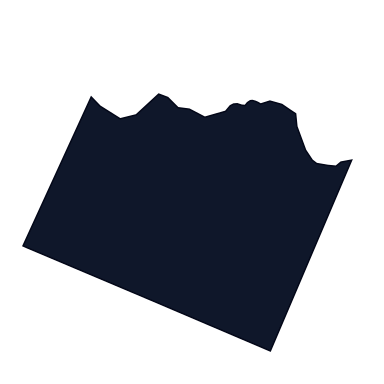 Sullivan, Indiana, United States of America (Equal Earth projection), rotated 113°
{"feature_id": "52423323B15974038514354", "entity_name": "Sullivan", "entity_type": "district", "adm_level": 2, "iso_a3": "USA", "parent_name": "United States of America", "parent_adm1": "Indiana", "projection": "equal_earth", "projection_center": [-87.538, 39.081], "detail": "fine", "context": "isolated", "style": "filled", "palette": "ink", "viewbox_px": 384, "rotation_deg": 113, "n_neighbors": 0, "source": "geoboundaries", "source_scale": "gbopen_adm2", "svg_char_len": 627}
<svg xmlns="http://www.w3.org/2000/svg" viewBox="0 0 384 384"><g transform="rotate(113 192 192)"><path d="M307.6,123.4L307.7,57.8L244.4,57.7L100.3,57.5L106.3,66.6L112.0,69.5L114.5,77.4L117.1,88.4L115.7,93.8L109.1,103.8L90.7,121.1L79.5,127.2L78.2,134.1L76.3,143.5L77.9,155.8L84.2,163.2L83.8,166.5L83.8,169.3L84.2,172.2L85.2,174.0L88.1,175.9L91.6,176.9L92.7,180.1L93.1,184.8L94.8,188.1L97.7,190.5L104.6,192.6L118.2,209.4L116.8,226.8L119.9,237.8L114.5,251.2L114.9,260.9L142.8,273.5L152.7,286.7L148.9,310.2L143.9,321.9L307.6,326.5L307.7,321.7L307.5,189.0L307.6,123.4Z" fill="#0f172a" stroke="#020617" stroke-width="1.5"/></g></svg>